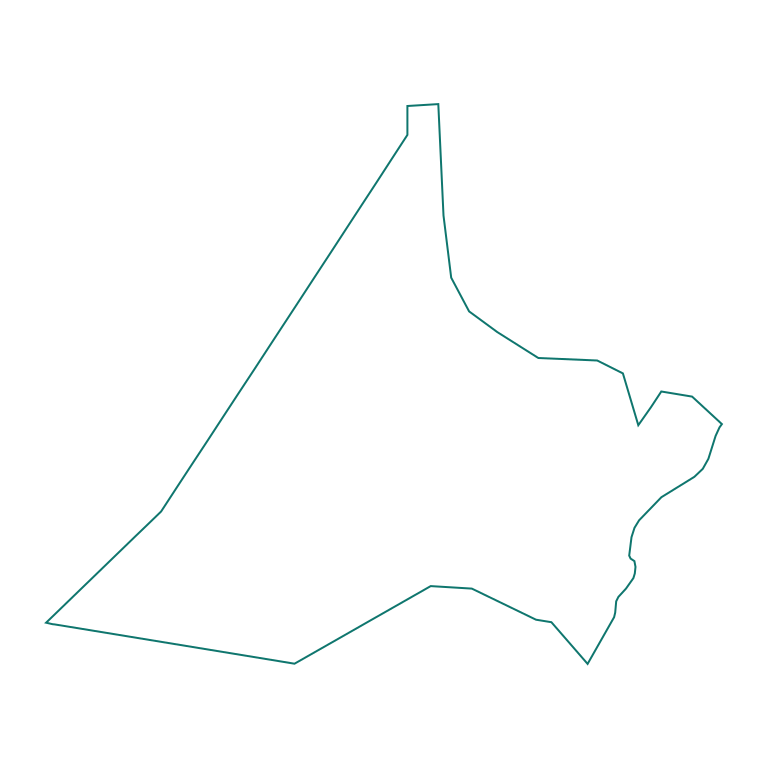 the Region of Nugaal
{"feature_id": "SOM-2413", "entity_name": "Nugaal", "entity_type": "Region", "adm_level": 1, "iso_a3": "SOM", "parent_name": "Somalia", "parent_adm1": "", "projection": "orthographic", "projection_center": [49.001, 8.49], "detail": "fine", "context": "isolated", "style": "outline", "palette": "teal", "viewbox_px": 768, "rotation_deg": 0, "n_neighbors": 0, "source": "natural_earth", "source_scale": "10m", "svg_char_len": 958}
<svg xmlns="http://www.w3.org/2000/svg" viewBox="0 0 768 768"><path d="M46.1,622.7L48.5,620.4L61.0,608.3L73.5,596.2L86.0,584.1L98.5,572.0L111.0,559.9L123.5,547.8L136.0,535.7L148.6,523.6L161.1,511.5L176.5,487.9L191.9,464.4L207.4,440.9L222.8,417.3L238.2,393.8L253.7,370.3L269.1,346.7L284.5,323.2L299.9,299.7L315.3,276.1L330.7,252.6L346.0,229.1L361.4,205.5L376.8,182.0L392.1,158.4L407.4,134.9L407.4,106.0L438.3,104.1L443.5,215.5L451.2,277.7L469.1,311.4L497.3,332.1L538.3,358.0L597.2,360.5L622.9,373.4L638.3,425.2L651.1,407.0L661.3,391.5L692.1,396.6L721.9,424.1L719.5,427.4L715.6,435.9L708.4,458.8L702.8,468.8L694.4,476.8L661.4,497.2L639.1,520.3L634.5,527.8L631.5,537.2L629.2,555.6L630.6,558.6L634.4,561.1L635.5,566.9L634.8,573.5L633.4,578.1L626.0,588.6L618.4,596.9L616.2,601.3L615.2,612.6L614.1,617.2L587.6,663.9L551.4,622.2L536.0,619.7L471.8,588.6L430.7,586.1L294.5,663.7L54.6,624.4L52.6,624.2L46.1,622.7Z" fill="none" stroke="#0f766e" stroke-width="2"/></svg>